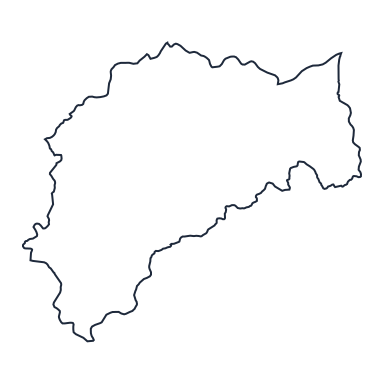 Melawi, Kalimantan Barat, Indonesia
{"feature_id": "22746128B3341090541732", "entity_name": "Melawi", "entity_type": "district", "adm_level": 2, "iso_a3": "IDN", "parent_name": "Indonesia", "parent_adm1": "Kalimantan Barat", "projection": "albers", "projection_center": [111.782, -0.735], "detail": "fine", "context": "isolated", "style": "outline", "palette": "slate", "viewbox_px": 384, "rotation_deg": 0, "n_neighbors": 0, "source": "geoboundaries", "source_scale": "gbopen_adm2", "svg_char_len": 5847}
<svg xmlns="http://www.w3.org/2000/svg" viewBox="0 0 384 384"><path d="M360.9,176.4L361.0,174.2L360.4,172.2L358.6,169.8L358.9,166.6L360.8,161.6L360.6,159.5L358.8,155.3L359.0,152.0L359.9,150.0L359.8,149.0L359.7,147.9L359.0,147.2L354.9,144.2L353.2,142.4L352.8,140.4L353.5,135.8L353.9,130.0L353.2,127.8L352.1,126.1L350.5,124.5L348.9,121.6L348.8,118.4L350.3,115.3L350.9,112.9L350.0,108.2L348.6,106.3L347.4,105.1L339.8,100.8L338.6,97.0L339.2,95.8L339.2,95.3L338.8,94.8L338.2,94.6L337.6,93.9L337.6,93.0L337.9,92.3L338.5,92.0L339.3,84.3L338.4,81.6L338.8,80.4L338.6,79.4L338.5,65.5L339.2,59.7L339.8,57.2L340.4,55.9L340.5,55.0L341.2,53.1L339.2,53.6L336.3,54.8L331.2,58.2L325.7,62.7L322.7,64.4L318.4,65.4L312.9,65.6L309.8,66.7L306.6,68.1L301.8,71.2L296.0,77.5L293.4,79.3L290.9,80.4L284.7,82.4L282.6,83.3L277.8,84.2L278.4,80.3L277.8,78.2L277.1,77.2L275.0,75.3L267.3,72.6L260.0,68.9L257.9,67.0L255.1,63.2L253.2,61.7L251.3,61.3L250.0,61.7L244.8,64.6L242.5,64.5L241.4,63.9L240.8,63.2L238.2,59.4L236.0,57.2L234.0,56.5L231.3,56.6L230.2,56.8L225.5,58.7L224.0,60.2L221.8,64.1L219.6,66.3L217.5,66.7L212.3,67.3L211.4,66.6L210.0,63.9L209.3,61.0L208.9,59.9L206.6,57.8L204.8,56.6L203.6,56.0L201.1,55.5L197.1,52.7L195.1,52.1L194.1,51.9L192.8,52.1L189.7,52.8L188.8,52.4L185.6,50.5L180.5,45.8L177.6,44.2L176.7,43.9L175.8,43.7L173.9,44.5L171.8,46.6L170.2,46.6L168.5,44.4L167.6,43.7L167.4,42.7L165.9,43.6L160.7,51.4L160.0,53.0L158.3,55.5L156.7,57.0L154.2,57.9L150.5,58.8L148.4,55.1L146.9,54.2L144.5,56.7L139.6,60.6L137.4,63.3L133.4,63.8L129.2,62.8L120.7,62.9L117.9,63.6L115.0,65.1L113.6,67.1L111.5,69.3L110.9,70.7L110.7,71.8L111.1,75.7L110.7,79.3L109.1,83.3L107.9,93.7L106.5,95.4L103.8,96.4L100.2,97.1L96.7,97.4L94.5,97.2L92.2,96.6L88.8,96.8L86.7,98.2L84.7,100.1L83.9,101.4L83.2,104.0L82.0,104.9L79.9,105.3L78.5,105.1L77.2,105.6L75.8,107.2L74.1,110.7L73.2,111.5L69.7,114.0L70.1,114.8L71.6,116.2L71.3,117.1L70.6,117.9L68.0,119.6L67.1,119.9L65.0,119.9L64.0,120.3L63.2,122.8L61.2,123.6L59.8,125.0L59.2,126.2L57.1,128.0L56.1,129.6L55.7,132.1L54.7,134.2L53.5,135.6L51.9,136.9L49.9,137.9L47.0,138.2L45.0,139.3L47.1,141.4L48.3,143.1L49.4,145.8L49.9,148.5L51.1,149.3L51.7,151.0L53.2,152.4L54.4,155.2L54.6,155.4L56.1,154.8L61.0,155.0L61.3,155.6L61.6,158.4L61.3,160.0L60.9,160.5L59.8,161.5L56.5,163.2L56.4,164.7L56.1,165.2L50.0,172.8L49.9,174.1L51.3,175.8L53.2,179.0L54.6,180.6L55.1,182.1L55.1,183.4L54.6,185.0L54.8,187.9L53.9,191.4L53.7,191.8L52.7,192.4L51.8,193.5L52.1,194.6L53.1,204.3L47.8,215.3L47.5,216.3L48.9,218.9L49.1,220.2L48.7,222.3L49.0,224.3L47.6,226.1L45.9,227.7L45.0,228.3L43.7,228.5L43.0,228.4L40.7,225.4L39.0,223.9L37.2,223.6L36.3,223.7L35.4,224.1L34.6,224.9L33.5,227.0L35.3,229.8L36.5,232.2L37.2,234.5L37.0,235.9L36.8,236.2L33.4,238.3L32.9,238.6L29.9,239.0L28.2,239.9L27.4,240.8L25.6,241.2L24.9,242.0L24.8,243.2L23.3,244.5L23.0,245.0L23.0,246.4L24.1,248.0L25.1,248.4L30.5,248.6L31.6,249.0L32.1,249.6L32.0,250.3L31.0,252.8L30.5,260.3L32.8,260.9L44.2,262.3L46.1,263.2L47.5,264.5L49.1,267.3L50.8,268.5L53.8,272.7L54.3,272.8L54.9,274.3L61.0,283.1L61.2,284.1L61.2,285.0L60.7,287.0L60.8,290.0L60.1,292.6L53.9,302.5L53.4,304.5L54.5,307.1L56.5,308.1L58.4,309.6L59.8,311.0L59.9,312.3L58.9,316.5L59.0,317.6L59.8,319.8L61.2,322.2L62.5,323.4L64.8,323.4L70.2,322.7L72.1,322.8L73.0,323.1L73.6,324.4L73.3,326.6L73.3,329.3L73.6,332.1L73.9,332.5L75.9,334.2L83.4,337.8L87.4,341.3L93.1,340.8L93.8,340.0L93.0,338.1L91.9,336.4L91.5,335.4L90.9,333.2L90.8,328.8L92.0,326.6L95.1,324.9L100.2,323.1L101.7,322.3L106.4,314.7L110.5,312.7L112.6,312.0L118.7,311.9L121.3,313.5L124.1,314.3L126.0,313.8L129.7,312.0L132.5,310.9L133.6,309.7L134.5,309.0L136.0,306.1L136.6,305.3L137.0,304.0L136.6,301.7L135.7,300.3L134.1,295.1L135.4,291.0L136.1,289.5L137.0,286.0L138.7,284.3L139.8,282.6L143.9,279.0L146.9,277.9L149.9,276.3L151.0,274.7L151.0,272.2L149.6,269.0L149.2,267.5L149.2,266.0L150.3,261.5L150.5,258.2L151.2,257.4L151.8,255.6L152.4,254.8L154.4,253.4L154.6,252.0L155.1,251.5L155.9,250.9L158.2,251.1L159.2,250.8L161.5,249.9L163.0,248.7L165.4,248.3L167.4,247.4L170.3,246.7L171.1,245.7L171.1,244.8L170.7,244.5L171.4,243.9L173.9,243.8L178.9,241.9L179.4,241.5L180.1,238.7L180.9,237.6L182.6,236.5L184.8,236.5L190.2,235.7L193.9,236.1L196.3,235.8L198.7,236.0L200.7,236.4L201.6,236.2L203.1,235.0L206.3,233.2L207.3,231.6L207.7,230.3L208.3,229.4L214.6,225.4L215.0,224.6L216.5,223.2L216.7,222.3L216.6,220.5L216.9,219.4L217.4,218.6L219.3,218.3L220.2,218.4L221.3,218.5L222.8,219.2L224.1,219.2L224.8,218.6L225.0,217.8L224.8,213.7L225.7,212.2L226.1,209.9L226.1,209.2L225.6,208.3L225.5,207.4L225.9,206.7L226.7,206.2L229.2,206.4L232.0,205.1L233.9,205.1L234.7,205.3L235.6,205.9L237.7,208.0L240.1,208.5L242.6,208.2L244.0,208.4L245.4,207.9L246.3,207.4L248.8,206.9L250.0,206.0L250.9,205.8L251.4,205.3L252.4,203.3L253.4,202.6L255.5,201.8L256.9,200.9L256.9,198.8L256.7,198.1L255.9,197.2L255.9,196.1L256.3,195.3L257.0,194.6L259.3,193.8L261.0,192.9L262.1,191.5L263.7,190.2L265.0,188.8L265.9,185.8L266.2,185.3L266.8,183.7L268.3,182.8L269.1,182.5L272.7,183.6L275.0,186.5L282.2,190.8L285.1,189.9L289.4,189.6L289.9,187.9L289.7,187.1L288.2,184.6L288.2,182.9L287.0,180.6L287.2,180.0L288.8,179.5L289.4,178.8L289.4,177.0L289.6,175.9L289.2,173.3L290.1,168.8L290.8,168.0L293.7,166.9L296.7,166.3L297.5,165.5L297.9,163.0L298.3,161.9L299.2,161.5L303.6,162.0L304.4,162.3L306.6,164.3L309.8,166.3L313.3,168.9L314.2,169.8L315.3,171.8L315.8,173.3L317.1,175.3L317.1,177.0L317.6,178.1L318.3,178.9L319.6,182.3L320.7,183.2L321.2,184.0L321.3,184.9L322.1,186.0L323.3,188.3L324.5,188.9L326.5,188.4L327.4,187.6L328.0,186.6L330.5,185.8L332.3,184.6L333.4,184.5L334.5,186.4L335.1,187.1L341.2,185.7L342.2,186.6L342.8,186.6L344.9,185.0L346.1,184.7L347.1,184.0L347.6,182.4L348.1,181.5L349.8,179.9L351.0,179.8L352.1,178.7L352.9,176.5L353.8,176.0L356.6,176.3L358.3,177.1L359.2,177.1L360.1,177.0L360.9,176.4Z" fill="none" stroke="#1e293b" stroke-width="2"/></svg>